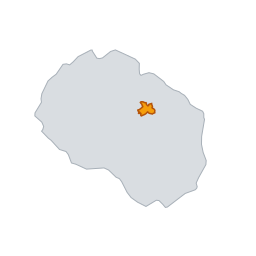 Skopje on a map of North Macedonia (Natural Earth projection), rotated 49°
{"feature_id": "MKD-2901", "entity_name": "Skopje", "entity_type": "Statistical Region", "adm_level": 1, "iso_a3": "MKD", "parent_name": "North Macedonia", "parent_adm1": "", "projection": "natural_earth1", "projection_center": [21.679, 41.893], "detail": "fine", "context": "in_parent", "style": "filled", "palette": "amber", "viewbox_px": 256, "rotation_deg": 49, "n_neighbors": 0, "source": "natural_earth", "source_scale": "10m", "svg_char_len": 2231}
<svg xmlns="http://www.w3.org/2000/svg" viewBox="0 0 256 256"><g transform="rotate(49 128 128)"><path d="M116.4,70.5L120.3,71.0L128.9,68.7L134.2,65.6L136.9,65.1L140.5,63.9L145.7,64.1L151.0,65.5L157.7,63.6L164.3,60.7L166.9,61.4L169.8,63.9L171.7,64.6L182.6,77.9L188.6,83.3L195.7,87.3L203.8,90.3L206.7,93.2L211.8,107.3L214.3,112.7L217.7,114.3L218.6,115.8L218.7,117.9L214.9,127.8L213.5,150.1L212.5,151.9L208.5,151.8L203.1,152.2L201.1,154.0L199.0,165.9L190.4,169.4L182.6,171.3L176.0,170.9L164.4,168.0L160.6,167.7L157.3,169.3L147.0,170.2L142.4,172.3L131.8,186.3L121.0,191.2L117.3,193.6L109.0,190.5L105.1,190.2L99.3,193.8L86.8,194.1L83.4,194.8L73.7,195.3L73.3,193.4L71.5,190.6L67.0,189.2L57.8,190.4L55.6,188.3L51.8,176.4L48.9,174.5L45.6,170.5L40.0,157.5L39.9,151.9L40.3,146.9L37.3,135.3L39.2,132.4L42.1,130.6L42.1,125.9L41.4,118.8L44.8,104.9L45.7,103.9L46.6,104.5L54.9,105.7L57.0,103.9L58.4,101.2L58.8,91.0L60.8,86.3L80.8,77.3L86.6,77.0L91.1,81.1L94.7,83.7L96.8,83.7L97.6,81.0L100.0,75.9L104.1,73.0L116.3,70.5L116.4,70.5Z" fill="#d9dde1" stroke="#a8b0b8" stroke-width="1"/><path d="M117.0,100.6L117.7,100.0L117.8,99.8L118.0,99.5L118.5,99.4L119.3,98.9L120.2,98.5L120.6,97.8L121.2,97.8L121.8,98.3L122.4,98.6L123.0,98.6L123.8,98.5L124.3,98.5L124.5,98.0L124.3,97.2L123.9,96.9L123.9,96.5L124.0,96.1L124.3,95.7L124.6,94.9L125.0,94.1L125.6,94.5L126.6,95.0L127.3,95.2L128.0,95.6L128.3,96.4L128.7,96.6L129.2,96.6L129.7,96.3L130.1,96.0L130.9,96.0L131.9,96.0L132.6,96.4L133.2,97.2L133.9,97.6L134.1,97.8L133.9,98.3L133.5,99.5L133.4,100.5L132.6,101.0L132.0,101.5L131.0,102.2L130.0,102.6L129.1,102.5L128.7,102.7L128.7,103.0L128.8,103.8L128.9,104.4L128.9,105.3L128.8,106.0L128.6,106.9L128.3,107.8L128.0,108.7L127.8,109.6L127.6,110.0L127.2,110.1L126.4,109.8L126.1,109.3L125.6,108.8L125.1,108.8L125.1,109.1L124.8,109.4L124.4,109.8L124.1,110.3L123.7,110.3L123.7,110.1L123.8,109.8L123.8,109.1L123.6,108.9L123.3,109.0L123.0,109.4L122.5,109.3L121.7,109.2L121.0,108.9L121.0,108.7L120.9,108.5L121.1,108.2L121.3,108.0L121.5,107.6L121.6,106.4L121.7,104.3L121.7,103.1L121.3,102.6L120.7,102.7L119.7,102.2L119.1,102.0L118.5,102.0L118.1,102.0L117.3,102.0L116.8,101.9L116.7,101.4L116.8,100.9L117.0,100.6Z" fill="#f59e0b" stroke="#b45309" stroke-width="1.5"/></g></svg>